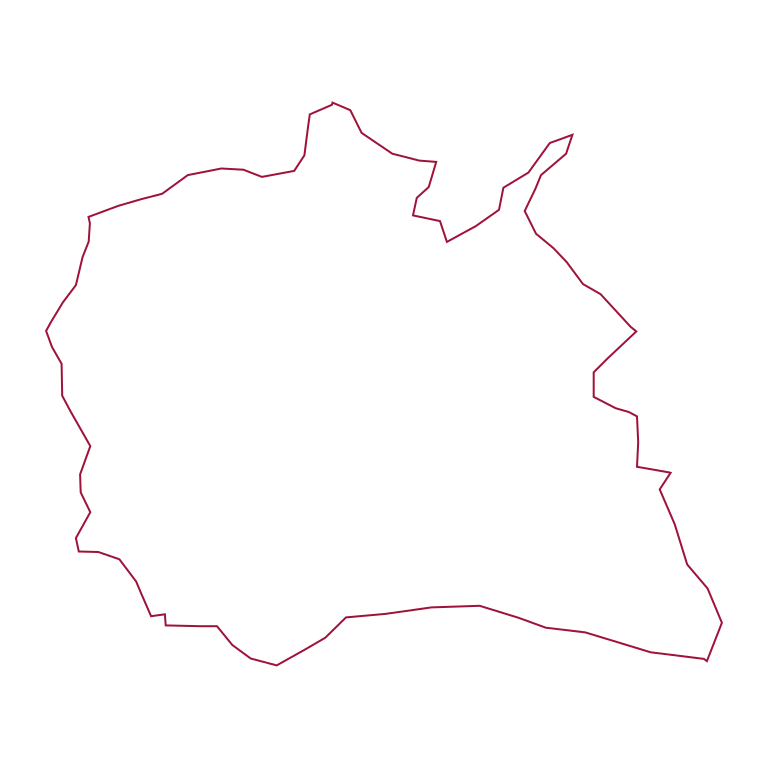 the district of Souskiou, Paphos, Cyprus
{"feature_id": "46923920B5461634055818", "entity_name": "Souskiou", "entity_type": "district", "adm_level": 2, "iso_a3": "CYP", "parent_name": "Cyprus", "parent_adm1": "Paphos", "projection": "mercator", "projection_center": [32.607, 34.737], "detail": "fine", "context": "isolated", "style": "outline", "palette": "rose", "viewbox_px": 768, "rotation_deg": 0, "n_neighbors": 0, "source": "geoboundaries", "source_scale": "gbopen_adm2", "svg_char_len": 1296}
<svg xmlns="http://www.w3.org/2000/svg" viewBox="0 0 768 768"><path d="M706.9,661.1L721.9,622.8L707.6,588.5L687.2,564.5L674.7,524.2L659.7,489.4L670.6,472.8L669.6,472.5L637.0,466.8L638.2,442.2L637.0,416.4L628.8,412.0L615.6,408.2L593.7,396.9L593.7,372.3L607.5,358.5L636.3,331.4L630.7,326.9L600.6,294.2L583.0,284.1L566.7,262.1L553.5,248.2L536.0,233.7L524.7,211.0L535.3,189.0L541.0,175.1L566.1,153.7L572.4,134.8L549.8,143.0L528.4,172.6L503.4,187.7L499.0,209.8L475.8,226.1L446.9,241.9L440.0,221.1L413.0,215.4L416.8,197.8L428.7,187.1L431.0,179.5L436.2,161.9L419.3,160.6L392.3,153.7L361.6,132.9L350.3,110.2L332.5,102.6L331.9,104.8L309.8,114.4L308.0,127.1L304.4,155.3L294.2,170.9L261.9,176.9L243.4,169.7L221.3,168.5L187.8,175.1L162.1,193.8L141.1,199.2L118.4,205.8L88.5,216.9L89.9,223.2L88.7,241.6L82.6,257.0L75.9,285.1L62.8,302.5L50.8,322.3L46.1,330.9L52.0,347.0L61.6,363.8L62.2,395.7L70.5,411.3L90.3,446.1L80.1,474.4L80.7,492.4L90.3,512.2L75.9,538.1L78.8,551.5L98.3,552.0L119.4,559.3L136.2,581.6L141.2,593.5L151.1,616.2L164.9,614.3L165.7,625.4L200.1,626.2L217.0,626.2L232.3,645.0L250.7,658.5L276.7,665.4L304.7,649.7L325.3,637.7L346.0,617.4L385.4,613.9L431.4,607.4L479.6,605.8L518.3,617.7L545.8,627.7L585.3,632.4L650.7,652.3L703.9,658.9L706.9,661.1Z" fill="none" stroke="#9f1239" stroke-width="2"/></svg>